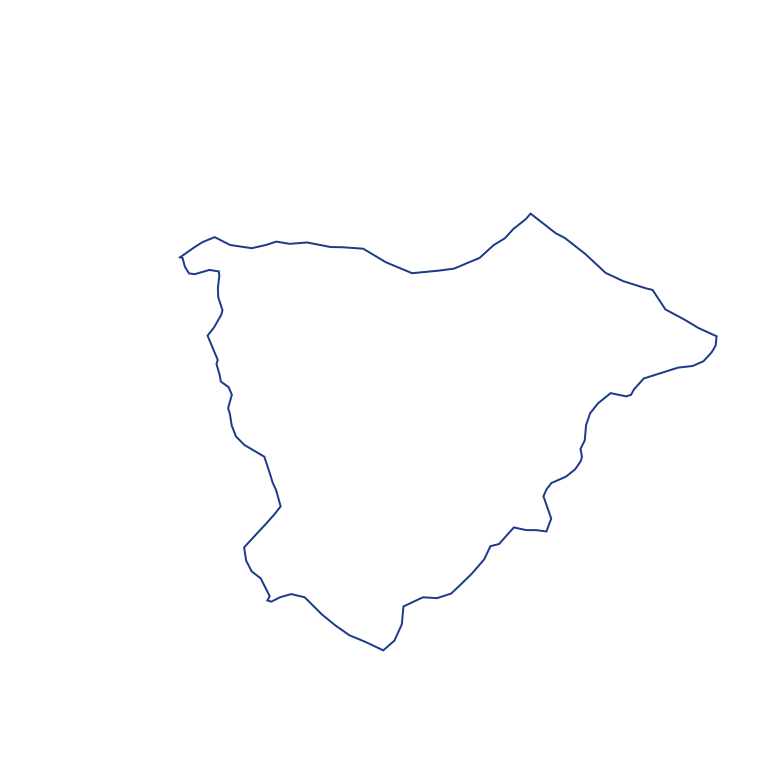 outline of Mazotos, Larnaca, Cyprus, rotated 218°
{"feature_id": "46923920B50893737642060", "entity_name": "Mazotos", "entity_type": "district", "adm_level": 2, "iso_a3": "CYP", "parent_name": "Cyprus", "parent_adm1": "Larnaca", "projection": "natural_earth1", "projection_center": [33.494, 34.799], "detail": "fine", "context": "isolated", "style": "outline", "palette": "blue", "viewbox_px": 768, "rotation_deg": 218, "n_neighbors": 0, "source": "geoboundaries", "source_scale": "gbopen_adm2", "svg_char_len": 1702}
<svg xmlns="http://www.w3.org/2000/svg" viewBox="0 0 768 768"><g transform="rotate(218 384 384)"><path d="M342.6,141.6L338.8,143.1L334.6,152.0L327.7,161.4L315.2,167.1L292.1,164.3L291.7,164.2L273.7,163.8L256.6,164.7L239.5,169.4L223.0,173.1L220.6,173.7L217.8,188.2L222.0,205.6L231.7,220.7L222.0,239.9L210.4,247.9L202.1,260.1L200.3,271.9L198.0,288.8L197.1,307.6L200.3,321.7L194.8,328.8L193.4,350.9L181.8,356.5L174.0,362.6L165.2,367.8L169.4,380.9L185.5,391.3L189.2,393.6L191.1,401.2L191.1,409.1L183.7,422.8L180.9,434.1L181.4,443.9L183.2,448.6L189.2,453.8L191.1,463.2L199.4,475.9L203.5,487.7L203.5,500.4L199.8,516.3L185.5,523.4L182.7,527.6L183.7,533.7L183.5,536.8L182.7,548.3L169.8,567.1L162.4,577.9L151.8,588.3L146.3,598.6L145.3,610.4L146.3,618.4L151.3,626.4L157.8,624.8L170.7,621.7L186.4,619.8L208.1,616.0L230.3,623.5L236.3,620.7L258.9,612.3L277.8,608.0L305.5,610.4L331.4,610.4L341.5,608.5L360.9,608.5L373.4,608.5L373.8,601.0L377.5,585.9L378.5,573.2L383.1,561.0L386.3,542.2L393.2,530.0L399.7,518.2L410.8,506.9L430.1,488.6L457.4,481.1L483.7,477.8L501.2,466.0L510.5,459.0L531.7,448.2L544.6,436.4L556.6,429.8L562.6,420.9L571.8,409.6L590.8,398.8L607.8,395.5L614.3,384.2L617.5,375.3L622.7,358.3L620.2,359.2L613.1,353.8L605.7,351.1L600.7,354.1L591.8,366.4L583.5,371.0L580.6,368.2L573.8,357.1L567.9,350.2L556.7,342.7L554.9,338.5L552.8,324.3L552.8,313.5L529.8,300.6L528.3,296.6L519.1,290.0L514.1,285.5L504.4,285.8L497.3,281.9L492.0,269.0L487.2,265.7L478.4,257.5L468.3,251.5L456.5,250.0L433.5,253.0L416.9,241.9L411.0,237.7L403.9,234.1L390.1,223.9L390.1,214.5L390.9,201.3L392.4,184.4L393.6,169.1L384.0,160.0L372.9,154.9L361.4,154.9L343.4,146.4L342.6,141.6Z" fill="none" stroke="#1e3a8a" stroke-width="2"/></g></svg>